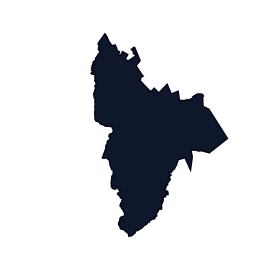 the district of Shamva, Mashonaland Central, Zimbabwe, rotated 135°
{"feature_id": "62879985B93379184763454", "entity_name": "Shamva", "entity_type": "district", "adm_level": 2, "iso_a3": "ZWE", "parent_name": "Zimbabwe", "parent_adm1": "Mashonaland Central", "projection": "mercator", "projection_center": [31.712, -17.164], "detail": "fine", "context": "isolated", "style": "filled", "palette": "ink", "viewbox_px": 256, "rotation_deg": 135, "n_neighbors": 0, "source": "geoboundaries", "source_scale": "gbopen_adm2", "svg_char_len": 5741}
<svg xmlns="http://www.w3.org/2000/svg" viewBox="0 0 256 256"><g transform="rotate(135 128 128)"><path d="M89.4,208.8L89.7,207.9L90.4,207.3L90.4,206.3L92.2,205.5L93.4,204.4L93.7,202.0L94.6,201.1L95.2,201.0L96.6,201.3L97.0,201.0L97.6,201.0L98.3,200.7L98.9,200.7L99.5,200.4L101.9,200.2L102.0,199.3L103.3,198.8L103.8,198.8L104.1,199.2L104.9,199.1L105.5,199.2L106.7,199.0L106.9,198.6L106.9,197.4L107.2,197.1L107.6,197.0L107.7,197.5L108.1,197.8L108.4,197.2L109.5,197.4L110.1,196.7L110.9,196.0L111.4,196.1L111.6,195.1L112.8,194.6L112.7,194.5L112.9,194.4L113.0,193.1L113.4,192.5L114.4,192.8L115.4,192.8L115.6,192.6L114.8,190.7L113.9,189.9L113.8,189.2L113.5,188.7L115.5,187.4L116.4,186.0L118.1,184.8L118.5,182.8L119.7,181.4L120.5,181.1L121.6,181.3L122.5,179.5L123.3,178.5L123.6,178.5L123.9,178.3L124.6,178.3L125.5,177.3L126.8,177.2L127.5,176.6L128.1,176.4L128.9,175.6L129.1,174.8L129.9,174.1L130.7,172.8L130.7,172.2L131.2,171.2L131.5,170.7L132.2,170.5L132.9,170.0L133.5,169.3L134.0,167.9L135.1,167.6L136.9,165.9L138.1,164.3L139.0,163.8L141.8,161.2L143.1,159.5L145.0,157.8L145.7,155.6L145.0,154.0L144.3,153.2L144.3,151.9L144.6,151.2L144.6,150.7L144.1,149.1L143.3,148.0L142.7,145.4L141.9,144.3L141.1,143.8L139.8,141.9L138.4,140.4L138.6,139.7L139.4,138.4L139.7,137.1L140.9,136.0L142.5,135.5L143.6,135.5L144.7,136.4L146.5,136.2L147.2,135.8L147.5,135.5L147.5,134.1L148.1,133.4L149.2,132.9L149.8,132.8L151.5,133.2L152.2,133.1L152.7,132.7L153.5,131.5L155.9,131.3L156.4,130.9L157.1,130.0L158.8,128.9L163.5,126.7L164.2,126.5L165.5,125.7L166.4,125.4L167.2,124.8L167.1,124.4L166.3,123.7L165.6,122.9L164.3,122.0L163.7,121.3L163.7,121.0L164.3,120.1L163.9,118.1L165.1,117.0L167.3,113.7L167.8,112.3L168.5,111.0L168.5,110.5L168.9,110.1L168.4,108.9L168.6,108.3L169.1,107.6L171.9,105.3L172.7,105.1L173.5,105.4L174.8,104.0L176.1,103.3L176.7,102.6L178.2,101.5L181.3,98.1L181.6,96.3L180.6,94.0L180.1,93.6L178.7,93.7L177.8,93.5L177.3,93.1L177.2,92.6L177.3,92.3L178.2,91.5L178.3,91.1L178.2,90.2L177.9,89.4L178.0,88.7L179.2,88.7L180.9,89.1L182.1,88.8L182.2,88.5L181.9,88.0L182.1,86.9L182.0,85.8L182.5,84.2L182.6,83.3L182.4,82.9L181.4,82.3L181.4,82.0L182.5,81.3L184.1,80.7L184.8,80.2L186.5,79.9L187.3,79.3L188.0,79.1L188.2,78.7L188.9,78.2L188.6,77.4L189.4,75.6L189.3,73.9L189.7,73.2L190.9,69.6L191.3,69.4L191.6,68.7L193.1,68.4L194.7,69.4L196.0,69.9L197.7,69.7L198.7,68.8L200.4,67.8L201.4,67.7L201.9,67.3L202.4,66.9L203.2,65.8L203.0,64.9L204.3,62.6L204.4,61.8L204.1,60.9L203.1,59.8L202.8,58.7L202.8,55.6L202.3,54.0L202.6,53.5L202.9,52.1L203.9,50.9L202.8,50.3L202.2,49.5L201.7,49.7L200.8,49.2L199.5,49.1L197.5,48.8L196.9,49.0L196.0,49.8L195.6,49.9L194.0,49.1L193.9,48.7L193.5,48.5L192.2,48.6L191.2,48.0L189.6,47.9L188.8,47.4L185.6,47.7L184.4,47.1L183.9,47.1L183.5,47.5L183.3,47.0L182.2,46.8L181.3,47.1L180.4,47.6L180.1,47.6L179.9,46.9L179.4,46.3L178.4,47.3L177.8,47.4L177.5,47.2L177.1,46.6L176.3,46.8L175.9,46.5L175.5,46.4L175.3,47.4L174.8,47.5L174.5,47.1L174.6,45.6L173.1,45.1L172.5,45.2L172.5,45.8L172.7,46.2L172.6,46.6L171.8,46.5L171.1,45.8L169.8,45.5L169.6,45.7L169.9,46.2L169.7,46.7L169.3,46.8L168.6,47.2L165.9,48.0L165.2,47.9L165.0,48.1L165.1,48.8L164.1,48.7L162.9,48.2L162.4,47.8L161.9,47.0L161.5,47.0L160.7,47.6L159.8,48.9L158.4,50.1L158.2,50.9L157.6,50.5L157.2,50.4L156.9,50.6L156.9,51.3L156.5,51.6L155.2,51.2L155.1,51.6L155.4,52.2L155.3,52.6L154.3,52.2L153.8,52.3L153.5,53.1L153.0,53.4L151.8,55.3L151.4,55.1L150.7,54.3L150.6,53.8L151.1,53.4L150.8,53.2L150.1,53.1L149.4,53.3L148.9,54.1L147.6,53.5L147.0,52.9L146.5,52.9L146.0,53.4L146.2,53.2L146.2,53.6L145.6,53.8L145.5,54.3L144.8,55.1L144.9,55.5L145.9,55.9L146.1,56.2L145.9,56.7L145.1,57.5L145.2,58.0L145.8,58.6L145.7,59.1L144.4,59.3L143.8,59.0L142.9,59.3L142.7,60.1L142.0,60.0L141.8,60.6L140.9,60.3L140.5,59.8L140.3,59.8L140.0,60.0L139.9,60.6L138.8,61.1L137.6,61.1L136.9,61.9L136.0,61.4L135.7,61.4L135.6,61.6L134.9,61.5L134.5,61.8L134.3,62.5L133.8,63.0L134.1,63.9L134.0,64.3L133.2,64.5L132.6,64.3L132.3,64.5L130.8,64.3L130.8,64.8L131.4,65.3L131.5,65.8L130.1,67.3L129.5,67.3L129.1,67.0L129.3,66.4L129.1,66.0L128.2,66.1L127.0,66.8L126.4,66.3L126.2,67.1L125.8,67.2L124.8,67.1L124.5,66.5L124.4,66.4L124.3,67.0L123.9,67.0L123.1,66.7L122.9,67.2L122.4,67.0L121.6,67.4L120.9,67.5L120.3,67.2L120.0,67.7L114.9,70.1L108.7,66.7L113.4,54.2L102.9,62.2L99.1,67.9L95.4,64.1L95.2,63.1L93.6,61.0L92.5,60.6L87.5,52.2L87.6,52.5L87.1,52.9L65.1,50.3L57.6,84.1L59.7,90.2L53.3,97.2L52.0,97.3L51.6,99.0L51.9,99.4L51.9,99.8L52.4,100.2L53.1,101.3L53.6,101.5L53.9,102.1L54.6,102.3L55.4,103.2L56.0,103.3L56.4,103.6L57.5,103.2L58.2,103.8L58.3,103.5L58.6,103.3L58.6,103.6L58.8,103.9L59.2,103.7L59.8,103.7L60.2,104.1L60.6,103.2L61.1,103.0L62.2,103.8L62.5,103.2L62.9,103.2L63.3,104.1L64.2,104.5L64.7,104.5L65.3,104.0L65.7,104.2L65.8,104.4L65.7,105.3L66.2,105.5L65.9,105.9L66.2,106.0L66.4,106.4L66.7,106.2L67.7,106.7L68.3,107.4L68.8,107.3L69.1,108.0L69.9,108.1L70.1,109.0L70.5,109.1L70.7,109.9L71.3,109.7L71.7,109.9L71.8,110.3L72.3,110.9L66.6,118.5L73.4,121.5L69.4,131.2L81.5,131.0L81.3,137.5L86.3,137.7L86.2,147.9L86.0,150.3L86.2,153.9L85.9,153.7L86.0,152.8L85.2,153.2L84.4,154.0L83.5,154.4L81.5,154.4L80.6,154.0L80.3,156.6L78.3,166.4L71.8,167.1L66.4,180.2L67.3,180.2L67.3,181.0L67.8,181.0L67.8,180.6L68.1,180.4L68.7,180.5L69.5,181.1L69.5,180.6L70.1,180.7L69.9,179.8L70.0,178.3L71.3,177.2L71.5,176.8L71.4,176.5L71.0,176.1L71.2,174.7L70.9,174.5L70.7,174.8L70.2,174.4L70.2,174.1L70.7,173.9L71.6,173.7L71.6,173.2L72.7,173.1L73.1,173.4L73.4,173.9L74.1,174.2L75.1,174.1L76.5,174.5L77.9,174.6L78.9,175.1L80.4,175.1L80.5,174.7L81.3,178.7L76.3,180.1L77.8,185.8L82.3,184.6L82.8,186.6L80.2,187.8L81.0,190.5L79.6,192.5L78.4,195.8L81.2,197.6L80.2,202.9L78.4,207.5L77.8,210.9L87.4,209.3L89.4,208.8Z" fill="#0f172a" stroke="#020617" stroke-width="1.5"/></g></svg>